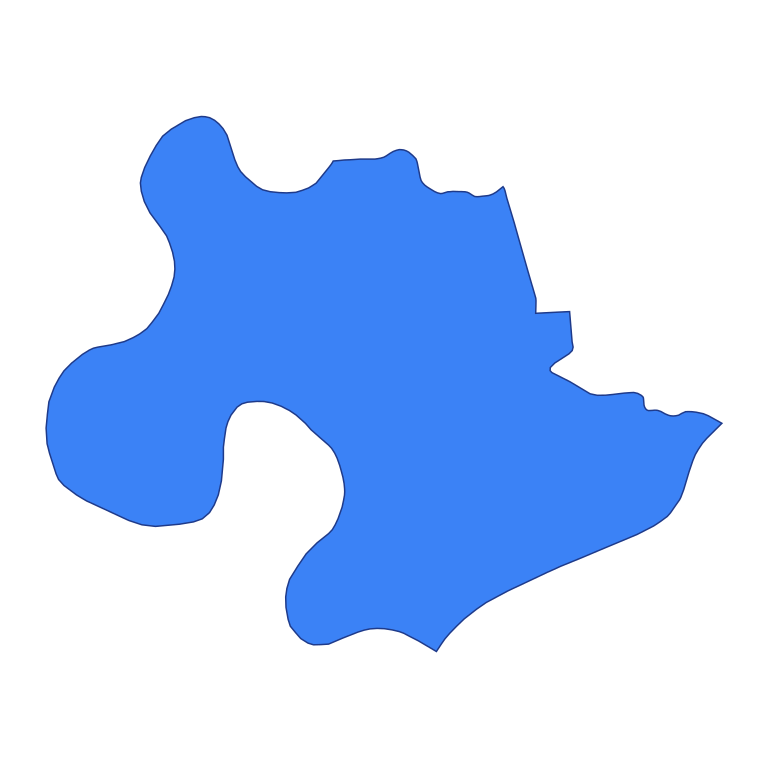 the district of Quan 2, Hồ Chí Minh city, Vietnam
{"feature_id": "81297802B76466747653960", "entity_name": "Quan 2", "entity_type": "district", "adm_level": 2, "iso_a3": "VNM", "parent_name": "Vietnam", "parent_adm1": "Hồ Chí Minh city", "projection": "orthographic", "projection_center": [106.758, 10.78], "detail": "fine", "context": "isolated", "style": "filled", "palette": "blue", "viewbox_px": 768, "rotation_deg": 0, "n_neighbors": 0, "source": "geoboundaries", "source_scale": "gbopen_adm2", "svg_char_len": 3875}
<svg xmlns="http://www.w3.org/2000/svg" viewBox="0 0 768 768"><path d="M96.7,347.4L93.4,348.2L89.1,350.2L88.7,350.5L82.4,354.4L71.6,363.1L64.0,370.8L59.2,378.0L54.3,387.1L48.9,401.8L47.3,415.1L47.3,415.5L46.1,428.1L47.1,443.8L48.0,447.2L49.5,453.2L56.1,473.9L58.6,479.5L64.0,485.5L76.5,494.9L82.8,498.7L86.9,501.1L89.4,502.2L126.7,519.5L129.2,520.6L141.9,524.8L155.5,526.4L179.5,524.2L193.5,521.9L202.3,518.8L209.5,512.6L214.2,505.0L218.3,494.9L221.4,480.9L223.4,459.3L223.4,447.1L224.4,438.8L226.0,428.0L227.9,421.7L231.0,415.1L237.1,407.1L241.9,403.8L247.4,402.2L256.9,401.4L264.0,401.5L272.2,403.0L281.3,406.3L285.7,408.6L289.3,410.4L296.1,415.0L305.5,423.4L311.2,429.9L316.0,434.1L322.0,439.4L328.6,445.1L331.6,448.3L334.7,453.1L337.1,458.1L339.7,465.4L341.0,470.0L342.9,477.1L344.1,483.5L344.6,488.8L344.7,491.8L344.5,495.2L343.5,500.7L342.1,507.2L338.1,518.6L335.2,524.8L332.3,529.7L328.6,533.6L317.1,542.8L306.2,553.8L298.0,565.8L289.6,579.3L286.9,588.4L285.7,597.0L286.0,607.4L288.1,619.2L288.6,620.9L288.8,621.4L290.3,626.2L295.8,632.9L300.8,638.6L308.0,643.1L313.5,644.8L320.7,644.6L328.6,644.1L342.7,638.1L357.9,632.1L364.3,630.1L370.0,628.9L377.1,628.4L384.5,628.7L392.2,629.9L399.3,631.6L403.6,633.2L409.9,636.5L418.5,640.9L436.4,651.5L441.2,644.2L444.9,638.9L449.7,633.3L456.7,626.1L464.3,618.8L476.4,609.3L486.2,602.5L507.3,591.2L512.3,588.8L537.0,577.2L547.9,572.0L548.3,571.9L560.6,566.3L582.9,557.2L597.8,550.9L605.9,547.5L610.7,545.5L637.4,534.3L653.6,526.0L656.7,524.0L660.7,521.3L667.3,516.4L670.5,512.8L676.1,504.7L679.5,499.9L680.7,497.6L683.7,489.7L689.1,471.6L692.8,460.7L695.3,454.6L698.4,449.3L702.5,443.2L706.8,438.3L721.9,423.3L713.3,418.5L708.4,415.8L703.3,413.7L696.2,412.2L691.8,411.7L688.6,411.6L685.6,411.7L681.7,413.4L678.6,415.2L675.7,415.8L673.2,416.0L670.6,415.8L668.6,415.3L665.2,413.9L660.9,411.5L657.7,410.4L655.9,410.2L654.4,410.2L652.5,410.4L650.7,410.5L648.4,410.6L646.9,410.0L645.8,409.0L644.7,407.3L644.0,405.1L643.6,399.9L643.4,397.9L642.8,396.7L641.2,395.3L637.7,393.4L633.8,392.5L631.3,392.6L624.2,393.1L612.5,394.5L605.6,395.2L597.3,395.3L590.1,393.8L569.7,381.6L551.9,372.6L550.1,370.6L550.3,367.5L554.8,363.0L569.0,353.8L572.2,350.6L573.1,347.1L572.1,341.8L569.6,311.6L558.9,312.1L535.7,313.3L535.9,306.1L536.0,300.7L535.8,298.2L535.2,296.1L532.3,286.1L532.2,285.9L527.7,270.4L522.7,252.8L517.6,234.8L514.2,222.7L506.9,198.4L506.1,195.2L505.0,190.7L504.1,188.3L503.0,186.7L496.5,191.9L493.1,193.9L490.6,194.9L488.7,195.5L486.4,195.8L482.4,196.2L479.2,196.6L477.1,196.7L474.7,196.5L472.4,195.2L469.0,193.0L467.1,192.2L465.1,191.8L461.1,191.6L458.6,191.6L455.8,191.5L453.0,191.4L450.2,191.7L447.7,191.8L444.4,192.8L442.5,193.4L440.5,193.6L439.7,193.4L437.4,192.8L434.5,191.5L430.2,188.9L427.2,187.0L424.7,185.1L422.4,182.6L421.1,180.5L420.1,177.2L419.0,171.5L418.1,167.0L417.4,163.4L416.9,161.4L415.9,158.8L412.6,155.4L408.8,152.2L406.4,150.9L403.8,150.0L401.3,149.7L399.3,149.6L396.4,150.3L393.2,151.5L390.1,153.3L386.4,155.8L383.9,157.2L380.8,158.1L377.6,158.7L375.5,159.0L375.0,159.1L372.2,159.1L371.6,159.1L360.1,159.1L349.7,159.8L344.3,160.0L338.3,160.6L333.2,161.0L332.6,162.2L331.1,164.5L328.9,167.4L316.1,183.2L311.6,186.1L308.5,188.0L302.4,190.3L295.9,192.3L286.7,192.9L279.1,192.6L270.2,191.7L262.6,189.8L256.7,186.4L245.4,176.7L240.6,171.5L237.8,166.8L234.8,159.7L227.0,135.2L223.1,128.7L219.0,124.0L214.6,120.3L209.7,117.7L205.1,116.7L201.2,116.5L194.3,117.7L185.5,120.7L171.2,129.2L162.6,136.2L156.2,145.5L150.3,155.9L144.7,167.5L141.3,177.4L140.4,183.0L141.3,191.2L144.3,201.5L150.0,212.9L160.0,226.4L166.6,235.9L169.5,242.9L172.6,252.3L173.3,255.8L174.5,261.4L174.5,261.9L174.9,269.0L174.1,276.9L171.6,285.8L168.4,294.4L163.6,304.1L158.8,313.3L152.0,322.4L146.8,328.7L139.6,334.0L135.2,336.5L133.0,337.7L124.3,341.6L110.9,344.9L98.0,347.1L96.7,347.4Z" fill="#3b82f6" stroke="#1e3a8a" stroke-width="1.5"/></svg>